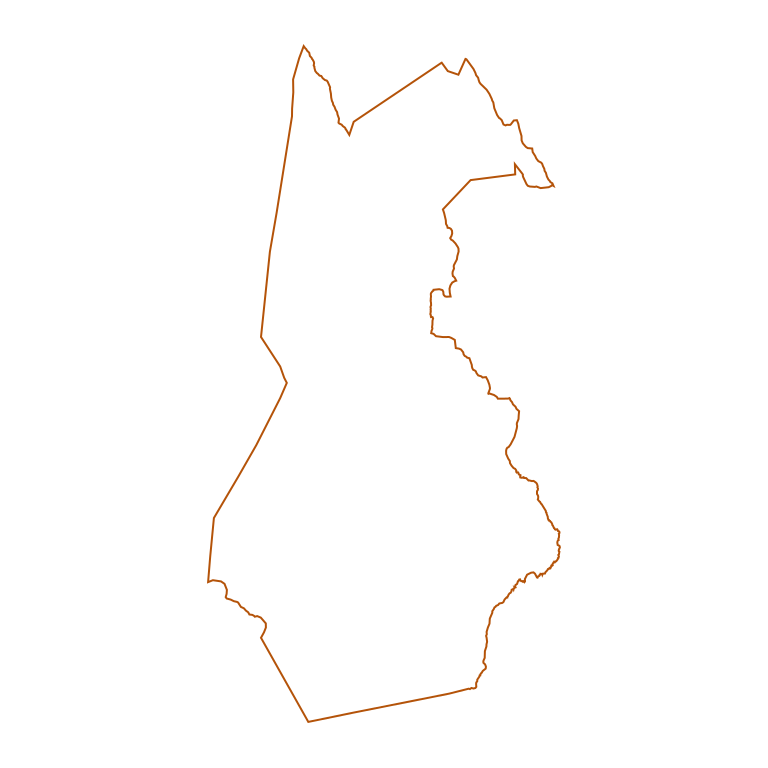 Dormaa Municipal, Brong Ahafo, Ghana (Equal Earth projection)
{"feature_id": "2480657B85939384202988", "entity_name": "Dormaa Municipal", "entity_type": "district", "adm_level": 2, "iso_a3": "GHA", "parent_name": "Ghana", "parent_adm1": "Brong Ahafo", "projection": "equal_earth", "projection_center": [-2.774, 7.238], "detail": "fine", "context": "isolated", "style": "outline", "palette": "amber", "viewbox_px": 768, "rotation_deg": 0, "n_neighbors": 0, "source": "geoboundaries", "source_scale": "gbopen_adm2", "svg_char_len": 6080}
<svg xmlns="http://www.w3.org/2000/svg" viewBox="0 0 768 768"><path d="M553.5,185.9L552.4,183.3L550.4,182.1L549.8,181.0L548.4,179.5L546.9,176.5L545.9,172.8L544.6,170.8L544.3,168.8L543.0,166.2L542.2,163.9L541.3,162.7L538.3,161.1L536.3,158.5L535.2,156.0L532.7,152.1L532.2,148.5L527.7,148.1L525.8,146.8L522.8,143.3L521.6,140.4L521.5,136.0L519.2,128.2L518.3,123.7L516.9,120.2L513.8,120.5L510.8,124.4L510.1,124.9L506.9,124.8L505.6,125.4L503.5,124.5L501.7,120.1L499.8,118.3L499.1,118.0L497.1,115.0L494.3,108.2L493.3,102.4L492.2,100.5L491.8,99.0L489.4,93.9L486.6,89.7L480.6,83.9L479.5,82.4L478.7,80.1L478.1,77.7L476.1,75.2L475.4,72.9L473.5,69.0L466.5,59.4L465.9,59.0L465.5,58.9L458.4,74.7L447.8,71.1L441.7,62.7L441.0,63.1L353.7,121.8L349.3,134.9L346.3,129.9L345.7,129.4L345.6,128.7L344.9,127.6L342.7,126.0L341.7,124.7L339.2,123.5L338.5,122.7L339.0,118.6L337.5,114.5L337.1,112.1L335.6,109.7L334.5,106.7L333.2,104.7L332.9,102.9L331.9,100.8L331.2,97.5L330.9,93.6L329.9,88.7L330.1,87.3L327.7,81.8L326.8,80.6L324.9,80.0L322.7,78.2L321.3,76.0L319.5,75.6L317.8,73.7L316.9,73.1L315.3,71.1L314.4,67.8L314.4,66.6L313.7,65.6L314.1,63.1L313.8,61.7L312.6,59.5L312.0,58.9L311.6,57.8L309.9,56.0L309.2,52.7L307.1,50.7L306.2,49.1L305.3,48.3L303.7,46.1L299.1,58.4L293.1,79.4L293.3,92.4L292.1,108.7L292.0,116.3L276.6,212.9L269.9,251.7L261.0,337.0L280.2,366.5L284.2,377.8L286.8,382.9L280.2,398.1L256.3,445.1L238.3,476.6L213.9,518.0L210.2,556.6L208.1,582.1L212.9,580.2L221.0,581.4L224.5,583.8L226.9,589.9L226.6,593.9L225.7,597.1L226.7,598.5L230.7,599.6L233.9,601.2L237.0,601.9L238.1,602.5L240.9,606.9L243.9,608.3L245.9,610.6L248.2,612.3L249.4,614.5L252.4,614.9L254.1,615.9L254.8,616.7L257.2,616.1L260.8,617.6L265.8,623.4L265.9,627.5L264.0,632.3L261.0,637.8L308.3,721.9L353.1,712.7L449.3,693.6L468.7,688.7L469.9,689.1L471.4,688.0L473.6,688.5L475.4,688.0L476.3,686.8L476.1,683.9L476.3,682.4L477.2,681.4L477.3,679.6L479.3,676.7L479.7,675.3L480.3,675.3L480.6,673.9L481.5,672.8L481.9,672.6L482.1,672.0L482.8,670.9L485.6,668.7L485.8,668.0L485.9,666.5L485.1,664.4L483.5,662.9L483.3,661.9L483.5,660.6L484.7,657.9L484.9,651.1L486.4,646.5L486.5,644.3L487.1,641.8L486.6,637.7L486.1,635.9L486.8,634.2L486.6,631.9L487.9,627.5L489.5,623.7L489.8,618.6L492.3,612.8L492.3,611.2L493.7,609.2L494.5,607.4L495.5,606.8L496.2,605.8L498.1,605.0L499.3,603.5L502.3,602.9L503.4,602.1L504.6,599.5L506.5,597.5L507.3,597.5L507.4,596.7L507.9,596.3L508.6,594.6L509.6,593.3L510.6,592.8L511.4,591.5L511.7,589.7L512.5,589.5L513.4,588.7L513.6,589.2L513.8,588.4L514.5,588.0L514.6,587.4L515.2,587.3L514.7,586.7L515.2,586.7L515.5,585.0L517.1,583.9L517.9,581.3L518.4,581.2L519.3,579.5L520.1,579.4L520.3,580.3L521.3,581.2L522.4,581.1L522.9,581.7L523.5,581.2L524.4,582.2L525.0,581.4L524.9,579.0L527.1,574.7L531.1,572.7L533.5,572.4L535.0,573.7L536.9,577.3L537.2,577.2L537.6,577.5L538.1,576.4L539.3,575.9L539.6,574.9L540.4,574.6L540.5,573.8L542.2,574.0L542.4,574.7L542.8,573.7L545.0,573.5L545.4,572.3L547.4,570.2L547.9,569.1L548.8,569.0L549.5,567.9L550.4,568.3L551.2,566.5L551.3,565.5L551.6,565.3L552.0,565.8L552.7,565.3L552.5,564.2L553.6,562.3L554.3,562.4L554.4,561.8L555.0,562.1L555.5,561.4L556.2,561.3L557.8,559.2L557.9,558.1L558.5,557.9L558.9,556.3L558.3,555.0L558.9,554.4L559.4,551.7L558.9,551.3L558.7,550.8L559.0,549.1L559.3,548.9L559.9,547.2L559.4,545.8L557.7,545.0L557.3,542.8L557.5,541.3L558.3,539.9L558.6,539.9L558.4,538.6L558.9,537.6L559.1,535.0L558.8,533.7L559.4,533.1L559.5,532.1L558.8,531.2L558.0,531.0L557.4,529.5L557.1,529.2L555.7,529.7L554.9,529.3L554.4,528.2L554.0,528.1L552.9,525.6L552.4,525.2L552.2,524.1L551.3,522.3L550.5,521.8L550.0,520.9L549.1,520.7L548.9,519.9L548.4,519.8L547.8,518.0L547.8,516.9L546.5,513.5L546.5,512.7L545.9,512.1L545.8,510.9L541.6,504.1L541.0,503.7L540.0,501.8L539.6,501.7L537.8,499.5L538.2,498.1L538.2,496.4L537.9,495.4L537.0,494.0L537.0,491.8L537.0,491.2L537.8,490.0L538.0,488.6L537.4,487.3L537.7,486.4L537.1,484.2L536.3,482.9L534.2,481.3L533.3,480.9L532.0,481.1L529.2,480.4L528.5,480.5L526.2,478.1L524.0,478.0L523.6,477.2L522.0,477.8L520.3,477.5L520.1,476.9L520.5,475.2L518.8,474.4L518.5,473.1L517.9,472.3L516.8,472.6L516.2,471.8L516.3,470.5L515.2,468.9L513.5,468.0L511.5,465.6L510.0,463.1L509.8,461.0L508.2,458.6L506.2,454.1L506.1,450.8L506.5,449.0L507.3,447.7L508.6,447.1L510.6,444.4L514.5,436.9L516.8,428.2L517.1,426.0L516.8,424.4L516.9,423.1L518.5,419.1L518.7,415.4L519.1,411.2L516.5,408.9L515.5,406.7L513.0,404.4L512.0,402.1L510.5,400.4L509.9,398.7L509.4,398.1L508.2,398.6L497.9,398.7L496.8,396.9L494.0,395.0L489.5,393.5L488.5,393.8L488.3,393.3L489.8,389.3L490.0,388.2L489.4,384.8L487.7,380.2L486.0,377.1L482.5,377.5L481.4,376.4L478.2,375.4L476.5,373.1L475.8,371.3L474.5,370.3L473.3,369.9L472.4,368.4L471.9,366.6L471.8,365.0L469.4,358.2L467.2,357.7L466.4,356.8L464.7,355.9L463.6,354.3L463.2,352.3L461.0,349.5L458.9,348.6L455.8,348.1L454.8,339.9L451.3,337.9L449.0,337.0L443.1,337.1L436.0,336.2L433.6,333.9L431.2,333.2L431.5,331.0L432.4,328.7L432.3,327.8L432.0,327.2L432.4,324.9L432.5,320.7L433.1,318.4L432.5,317.1L431.1,317.1L431.1,316.3L430.8,316.0L430.8,315.0L430.3,314.1L430.8,311.6L430.6,311.2L430.8,310.1L430.6,309.6L430.8,308.4L430.5,307.4L430.6,306.4L431.1,305.4L431.0,302.8L430.6,300.7L430.9,299.8L430.7,299.3L431.0,296.5L430.8,294.0L431.0,293.2L432.3,291.4L433.4,290.6L433.5,289.8L439.2,289.2L441.9,289.9L442.5,290.2L443.3,291.8L443.5,294.3L443.8,295.0L445.1,296.4L446.6,296.7L450.6,296.5L449.8,292.8L449.5,288.7L450.4,285.4L452.2,282.6L454.6,281.2L456.2,280.7L454.8,277.9L453.6,276.5L452.9,276.1L452.5,273.6L452.6,272.4L452.7,271.6L454.0,268.6L453.7,266.4L453.9,265.2L456.9,259.4L457.3,256.2L458.6,251.6L458.5,248.7L457.9,247.2L455.5,243.5L452.8,240.6L451.1,239.6L450.2,238.1L451.4,236.1L452.2,233.5L452.0,230.7L450.9,228.9L450.3,228.5L449.4,228.0L447.6,227.8L447.3,226.3L446.0,223.9L445.8,220.2L444.1,213.0L442.9,209.4L470.6,180.1L515.2,174.4L514.9,164.2L522.4,173.8L522.9,174.6L522.8,175.8L523.2,177.1L526.5,184.1L527.8,185.8L529.8,186.5L532.4,186.7L534.9,186.9L536.4,186.5L540.6,188.1L548.7,187.2L551.1,186.0L552.0,185.1L553.5,185.9Z" fill="none" stroke="#b45309" stroke-width="2"/></svg>